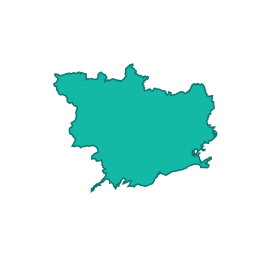 Ipeiroy, Ipeiros, Greece, rotated 297°
{"feature_id": "26713481B784345685192", "entity_name": "Ipeiroy", "entity_type": "district", "adm_level": 2, "iso_a3": "GRC", "parent_name": "Greece", "parent_adm1": "Ipeiros", "projection": "robinson", "projection_center": [20.637, 39.661], "detail": "fine", "context": "isolated", "style": "filled", "palette": "teal", "viewbox_px": 256, "rotation_deg": 297, "n_neighbors": 0, "source": "geoboundaries", "source_scale": "gbopen_adm2", "svg_char_len": 5920}
<svg xmlns="http://www.w3.org/2000/svg" viewBox="0 0 256 256"><g transform="rotate(297 128 128)"><path d="M133.6,41.9L132.6,42.8L131.9,44.2L132.5,45.5L131.5,46.4L129.7,46.9L129.1,48.7L127.3,50.5L126.8,52.4L127.2,53.3L128.2,54.0L128.2,56.5L128.5,57.5L126.7,60.6L125.1,61.1L123.9,62.3L123.5,64.7L125.4,66.5L124.3,67.9L123.5,69.8L123.9,72.0L123.6,73.3L121.0,74.1L118.0,74.5L116.1,76.3L113.2,77.2L110.6,77.5L106.7,75.1L105.2,77.1L104.5,77.5L103.0,77.2L101.9,76.2L100.4,76.3L97.9,77.7L96.4,79.3L96.7,80.7L96.2,82.3L95.2,83.4L95.3,84.5L94.7,85.9L93.4,86.2L92.7,86.8L86.4,86.5L87.1,88.5L88.7,90.2L89.7,92.0L89.0,94.9L91.1,96.2L92.4,98.4L93.8,99.3L93.6,100.3L94.3,101.8L97.0,105.2L96.7,106.0L96.8,108.4L96.0,109.8L93.4,112.3L92.7,112.2L90.0,109.9L86.0,108.6L84.0,109.8L85.8,112.8L85.4,113.6L84.3,114.6L84.3,115.1L85.8,117.4L87.3,118.5L87.3,119.3L86.2,119.8L85.1,121.2L83.4,121.5L82.8,122.8L81.6,123.6L81.2,126.4L79.4,125.0L78.2,124.8L77.9,125.1L78.0,125.7L76.7,127.3L77.7,129.0L77.6,129.4L74.2,129.8L69.7,128.5L67.1,128.3L64.3,126.2L63.5,125.2L62.6,125.3L61.2,124.3L58.3,124.0L57.5,123.1L55.3,124.0L56.3,124.2L56.4,124.9L56.2,124.4L55.9,124.4L55.9,125.0L57.0,125.6L60.6,125.1L61.0,126.2L62.9,126.6L64.8,127.7L64.4,128.3L64.4,127.6L63.3,127.5L64.6,129.0L65.2,127.9L66.0,128.0L68.8,130.3L71.0,130.7L73.0,132.2L73.3,132.7L73.3,134.5L71.7,136.4L70.7,136.7L72.0,138.1L71.1,140.5L69.8,141.7L68.3,144.5L69.8,144.4L70.5,144.1L69.5,144.3L71.5,143.4L72.6,144.3L72.6,143.8L72.8,143.9L72.9,144.3L74.2,144.8L74.9,145.5L71.6,145.5L72.0,146.2L73.3,145.5L76.5,146.1L78.3,145.5L81.2,146.7L81.4,148.1L80.7,150.0L77.9,148.7L76.1,149.0L80.0,152.4L82.7,153.9L82.4,154.8L77.4,155.1L76.1,154.7L77.2,156.3L78.4,159.2L78.2,160.1L81.0,160.9L82.9,162.9L82.6,164.9L83.2,166.0L83.1,166.8L83.8,168.5L83.7,169.5L85.1,171.1L88.3,173.5L88.9,174.6L89.9,175.0L93.3,175.3L94.7,174.8L98.6,176.2L98.7,175.5L99.4,175.2L100.7,176.4L101.7,176.8L101.9,175.6L103.2,176.0L103.3,176.5L102.5,177.7L103.0,179.7L102.8,180.6L103.3,183.4L108.8,186.8L115.4,195.0L119.4,198.5L120.6,198.6L121.6,199.2L126.0,203.6L127.2,205.8L127.6,207.7L127.3,210.0L127.0,210.4L126.2,210.5L126.0,210.9L128.6,216.6L130.1,217.4L131.9,216.7L131.7,215.3L132.0,214.3L131.4,213.8L132.0,212.5L132.0,213.5L131.5,213.7L132.1,214.1L135.0,214.0L135.8,214.9L138.3,216.2L139.4,215.6L139.3,214.4L138.5,213.9L137.3,213.9L136.6,212.9L134.0,211.0L130.7,209.7L130.2,208.8L130.1,208.3L131.6,208.0L132.6,205.8L133.9,205.2L135.4,203.1L137.1,202.8L138.1,203.2L138.7,204.0L138.1,203.1L137.2,202.7L136.3,202.6L134.7,203.1L135.1,201.2L136.4,200.6L133.4,200.1L135.3,199.1L135.2,198.4L134.6,198.2L133.5,198.4L133.5,197.5L134.2,197.4L134.7,198.1L135.6,198.5L136.2,198.1L136.1,197.3L135.8,196.9L135.5,197.4L135.2,197.5L134.8,197.0L135.3,197.4L135.7,196.8L136.7,197.6L137.6,197.3L136.1,196.7L135.4,196.8L135.2,196.4L135.7,196.1L136.8,195.9L137.2,196.7L138.4,196.8L140.3,198.5L140.5,198.9L139.7,200.2L138.9,200.8L137.6,200.7L137.6,201.0L138.7,201.3L140.0,201.1L140.6,201.8L142.8,202.6L141.9,204.8L142.4,205.1L142.2,205.7L142.7,206.5L143.8,206.2L142.9,205.1L143.3,203.3L144.7,202.8L145.8,203.3L145.3,201.2L146.2,201.3L149.6,203.1L151.4,202.0L150.6,202.8L150.2,204.3L150.9,206.7L153.1,205.9L154.0,206.5L154.1,207.4L155.1,208.2L159.1,209.7L159.7,209.5L161.0,210.2L162.4,209.9L162.7,209.7L160.4,208.5L161.0,208.3L162.1,209.1L163.6,209.4L163.9,208.9L161.5,208.0L161.2,207.6L162.7,206.9L163.1,206.4L162.7,206.0L162.5,205.7L163.8,205.6L164.5,207.5L164.7,206.6L164.3,204.8L165.0,203.9L167.2,204.0L167.8,204.7L166.4,204.4L166.1,204.4L168.0,204.7L167.7,203.8L166.6,202.7L166.9,202.4L165.8,200.4L166.1,200.0L168.0,199.7L166.5,197.9L168.9,195.8L169.0,195.4L170.3,194.8L171.7,195.2L173.3,194.5L175.1,194.8L175.7,193.7L176.5,193.5L177.6,195.0L178.3,195.2L179.6,194.1L180.8,194.0L184.6,195.8L186.6,194.6L187.3,193.8L190.1,192.3L190.0,190.4L195.1,188.6L194.9,188.0L194.2,188.0L194.1,187.2L193.1,186.7L193.3,186.1L192.7,185.4L192.8,183.8L194.3,182.3L194.5,181.2L195.6,180.7L196.0,179.8L197.1,179.7L197.5,178.7L199.0,177.7L200.6,175.0L200.7,173.5L199.3,173.1L199.0,172.5L199.3,170.7L198.8,169.5L197.8,169.3L198.0,168.8L197.3,168.1L197.6,167.3L196.9,167.0L196.7,166.1L195.3,165.7L190.4,165.9L189.2,165.4L189.1,165.9L188.1,165.8L187.9,165.2L186.9,165.0L186.9,164.4L186.4,164.5L184.7,163.3L184.5,162.8L185.2,161.1L184.8,160.8L184.6,159.4L184.1,159.0L184.1,158.4L182.6,157.6L181.6,156.4L180.1,155.8L177.4,152.6L176.7,151.1L178.8,150.4L178.8,148.1L176.8,148.5L175.3,148.0L176.2,145.9L177.6,145.1L177.3,144.6L177.6,143.9L176.7,141.0L176.7,138.4L175.6,135.1L175.7,134.3L175.2,133.4L172.4,133.2L172.3,132.2L171.9,131.5L172.5,130.5L172.5,129.3L171.4,128.8L169.2,126.7L169.0,125.5L169.3,124.9L171.2,124.5L171.6,123.2L173.0,122.9L173.3,121.1L173.8,120.7L175.5,121.5L176.3,121.3L176.8,120.8L177.4,120.8L178.3,121.8L179.9,121.9L180.2,122.9L180.9,123.4L182.4,123.2L182.7,121.9L181.9,121.3L182.0,119.9L180.7,118.7L179.7,119.0L180.6,116.0L180.0,114.6L179.7,112.7L180.1,112.0L179.8,109.9L180.2,109.3L181.0,109.9L182.4,109.5L182.1,108.5L183.1,107.5L183.7,105.9L183.6,103.9L184.8,103.4L186.4,103.9L187.0,103.2L184.6,100.7L183.0,100.9L182.4,100.1L181.2,99.8L180.3,99.2L178.7,99.5L176.9,100.7L175.2,100.6L173.4,103.1L171.6,102.1L169.9,102.3L167.1,100.6L166.5,100.6L166.7,100.0L166.5,98.8L165.5,97.8L166.0,96.8L165.1,95.0L165.3,93.4L164.5,91.7L162.8,90.7L161.7,89.4L161.3,89.4L161.9,88.8L161.2,87.8L159.5,86.8L159.6,86.2L159.0,86.2L160.2,85.2L162.5,86.4L163.7,85.7L165.1,83.4L164.8,82.8L164.8,81.2L165.4,78.6L164.0,77.5L162.0,77.1L160.1,78.2L157.6,78.4L155.5,75.0L155.7,73.8L155.5,72.8L154.0,71.5L153.8,70.4L152.2,68.8L153.4,68.7L154.1,67.5L157.1,66.2L156.9,65.1L156.4,64.6L156.4,61.8L154.7,61.4L155.7,60.3L155.7,59.5L154.8,58.3L153.4,57.6L152.3,54.2L150.5,53.1L150.3,51.1L148.4,48.4L146.1,46.5L143.9,44.0L143.8,41.1L143.2,38.6L141.9,38.8L141.7,39.8L141.0,40.6L140.6,43.0L137.8,43.7L135.2,43.0L133.6,41.9Z" fill="#14b8a6" stroke="#0f766e" stroke-width="1.5"/></g></svg>